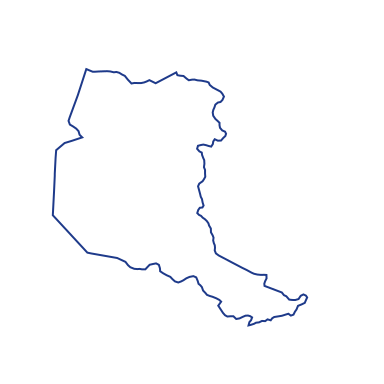 outline of Caculé, Bahia, Brazil, rotated 198°
{"feature_id": "56859067B39713368810009", "entity_name": "Caculé", "entity_type": "district", "adm_level": 2, "iso_a3": "BRA", "parent_name": "Brazil", "parent_adm1": "Bahia", "projection": "albers", "projection_center": [-42.349, -14.492], "detail": "fine", "context": "isolated", "style": "outline", "palette": "blue", "viewbox_px": 384, "rotation_deg": 198, "n_neighbors": 0, "source": "geoboundaries", "source_scale": "gbopen_adm2", "svg_char_len": 2910}
<svg xmlns="http://www.w3.org/2000/svg" viewBox="0 0 384 384"><g transform="rotate(198 192 192)"><path d="M272.8,102.0L269.0,102.4L242.8,106.1L233.7,105.0L230.2,102.6L227.5,101.4L223.2,101.1L220.2,101.8L217.9,102.7L215.6,103.0L212.5,104.0L211.2,106.8L209.8,109.7L206.8,111.5L204.1,113.0L201.0,112.5L198.9,109.5L197.8,106.8L194.4,105.8L190.3,105.0L186.4,104.6L183.7,103.1L180.6,101.7L177.1,101.7L174.8,103.5L172.9,105.4L170.7,108.2L168.1,110.5L164.7,112.4L161.6,112.1L159.1,109.2L157.4,106.7L155.3,105.9L153.2,104.6L151.0,101.7L148.0,100.1L146.0,98.8L143.0,98.6L140.1,98.7L136.0,98.4L132.6,97.8L130.4,96.7L131.9,92.0L125.2,86.6L122.5,85.0L119.9,84.5L117.3,85.6L114.2,86.6L110.7,84.9L107.7,86.5L105.2,88.9L102.9,90.9L100.6,91.8L98.4,91.9L96.1,91.3L96.2,88.3L97.2,86.0L97.0,82.6L94.9,83.9L92.3,85.8L90.7,87.5L88.0,88.7L85.6,91.0L82.5,91.8L80.8,94.2L77.5,94.3L76.7,96.7L75.2,98.5L70.9,100.7L68.2,102.1L65.0,104.4L62.7,106.0L59.8,105.0L57.6,106.7L57.1,110.0L56.3,112.6L56.0,116.5L53.1,118.9L50.5,121.4L50.2,124.6L49.9,127.3L51.7,128.7L54.4,129.0L56.5,126.9L57.6,123.1L60.4,121.2L63.3,120.3L66.3,119.7L70.1,122.0L72.7,122.3L75.5,124.2L94.0,125.1L94.9,127.1L94.9,129.6L94.4,132.9L95.6,136.1L97.9,135.5L100.7,134.5L104.3,133.7L107.8,133.4L110.5,133.7L115.8,134.7L120.8,135.4L132.0,137.3L147.0,139.9L150.3,141.0L152.3,143.4L152.9,146.1L153.9,148.4L155.4,150.1L156.9,152.5L157.4,155.2L158.8,157.0L161.5,159.5L162.8,163.1L165.4,165.4L166.7,167.3L169.0,169.0L171.5,170.2L173.9,170.9L176.0,172.1L178.3,172.4L180.5,173.6L180.5,176.9L179.7,179.4L177.3,180.5L176.8,182.7L178.6,185.2L180.3,188.3L182.2,190.2L183.6,192.5L188.0,199.3L187.7,202.2L185.2,205.6L184.5,208.2L184.1,210.6L185.3,213.6L186.4,217.0L188.3,219.3L188.9,222.6L190.2,226.0L191.9,227.9L193.9,230.4L194.9,232.5L197.5,232.9L200.5,234.7L200.6,237.8L198.1,239.4L195.9,240.6L192.9,240.9L190.4,240.9L187.8,241.1L187.0,244.0L187.4,246.6L186.7,249.2L183.3,248.8L180.3,249.9L178.9,253.2L177.6,255.5L177.6,257.9L179.2,259.6L182.3,259.9L185.2,261.7L186.5,264.1L187.2,266.3L189.4,267.4L192.3,268.7L195.4,271.1L196.9,274.1L197.1,276.8L196.8,279.4L196.8,282.3L195.0,285.1L192.7,286.4L191.5,288.9L191.1,292.6L193.6,294.9L195.9,296.3L204.5,297.8L208.2,299.3L210.0,301.3L212.3,301.4L217.4,300.8L221.3,299.9L224.4,299.7L226.6,298.9L229.6,297.3L232.3,298.2L235.9,299.7L239.5,298.9L242.0,298.6L243.9,300.9L260.2,284.2L267.1,285.2L269.3,283.1L271.4,281.4L274.2,279.8L277.1,278.9L280.5,277.9L283.1,276.5L285.1,277.6L287.7,279.0L291.8,281.7L294.8,282.1L298.0,282.9L301.0,282.8L303.3,281.7L307.0,281.4L309.9,280.7L312.5,279.8L315.2,278.8L317.7,277.9L321.2,276.5L323.6,275.7L330.5,276.2L330.5,248.8L331.4,225.1L331.4,221.5L329.0,218.4L325.4,217.6L321.7,216.5L318.7,214.8L316.6,211.7L313.3,210.0L322.0,203.6L328.3,199.2L334.1,189.8L332.3,182.4L329.0,170.1L328.2,167.1L327.5,164.9L323.4,150.0L318.1,130.3L317.2,126.9L272.8,102.0Z" fill="none" stroke="#1e3a8a" stroke-width="2"/></g></svg>